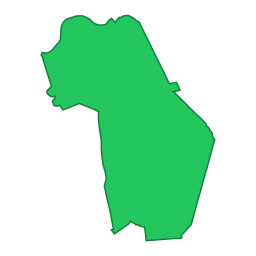 the district of Saravale, Timis, Romania
{"feature_id": "2599482B63944101877376", "entity_name": "Saravale", "entity_type": "district", "adm_level": 2, "iso_a3": "ROU", "parent_name": "Romania", "parent_adm1": "Timis", "projection": "robinson", "projection_center": [20.709, 46.077], "detail": "fine", "context": "isolated", "style": "filled", "palette": "green", "viewbox_px": 256, "rotation_deg": 0, "n_neighbors": 0, "source": "geoboundaries", "source_scale": "gbopen_adm2", "svg_char_len": 4002}
<svg xmlns="http://www.w3.org/2000/svg" viewBox="0 0 256 256"><path d="M181.8,238.0L181.7,237.1L181.4,235.9L181.3,235.6L181.5,235.3L181.6,235.1L181.9,234.8L183.1,233.5L185.1,231.4L187.0,229.3L188.8,227.3L190.5,225.5L191.3,224.6L191.4,224.2L192.0,221.9L192.5,219.8L193.1,217.6L193.7,215.6L194.1,214.0L194.6,212.2L195.2,209.9L195.9,207.6L196.5,205.3L197.0,203.3L197.7,201.0L198.3,198.8L198.9,196.6L199.5,194.3L200.1,192.4L200.2,192.2L200.8,190.0L201.4,187.7L202.0,185.5L202.6,183.2L202.9,182.0L203.2,181.0L203.9,178.6L204.5,176.6L204.8,175.7L205.0,175.3L205.0,175.1L204.8,174.9L204.9,174.6L205.4,173.1L206.0,170.9L206.8,168.5L207.4,166.1L208.1,163.9L208.6,161.9L209.2,159.6L209.7,157.8L210.3,155.6L211.0,153.1L211.8,150.0L213.0,145.6L214.2,141.3L214.8,139.5L214.5,139.2L214.3,139.2L214.0,138.7L212.7,136.7L212.0,135.6L212.6,134.4L212.6,134.1L211.8,132.8L210.1,130.3L208.8,128.3L208.5,127.9L208.3,127.5L208.3,127.2L207.9,126.8L206.9,126.3L206.4,126.2L206.0,123.8L201.5,119.1L199.3,117.0L197.0,114.9L194.7,112.6L192.7,110.7L190.6,108.6L188.1,106.1L186.4,104.4L184.9,102.9L183.2,101.3L181.1,99.2L178.9,96.9L177.3,95.5L175.1,93.2L173.4,91.6L175.2,91.4L175.8,91.2L178.5,90.6L180.1,90.2L179.7,89.4L179.2,88.4L178.7,87.3L178.3,86.3L177.9,85.4L177.3,84.3L176.4,82.4L175.6,82.6L175.4,82.5L172.1,83.2L169.4,83.8L168.9,82.8L168.0,81.0L167.0,78.8L165.2,75.1L164.1,72.7L162.4,69.3L161.4,67.4L160.5,65.7L160.4,65.2L159.3,63.1L158.7,61.8L157.6,59.6L156.7,57.8L155.7,55.9L154.6,53.6L153.5,51.4L152.5,49.4L151.6,47.5L151.1,46.4L151.0,46.2L150.7,45.6L150.0,44.2L149.0,42.2L147.9,39.9L146.8,37.7L145.9,36.0L145.1,34.3L144.5,33.3L144.0,32.1L143.4,30.7L142.8,29.5L141.4,26.7L140.4,24.8L140.0,23.8L139.6,23.1L139.3,22.3L137.8,21.4L137.0,20.9L135.0,19.6L134.8,19.4L134.5,18.8L134.2,18.4L133.3,18.2L130.7,16.5L128.5,15.6L127.0,15.4L125.0,15.6L124.8,15.6L123.6,15.9L122.9,16.3L122.3,16.7L121.7,17.0L120.9,17.3L120.3,17.6L119.8,17.9L119.7,18.0L119.7,17.9L119.7,17.7L119.7,17.4L119.3,17.4L119.1,17.5L118.9,17.7L118.8,17.8L118.7,18.1L118.3,18.3L118.2,18.4L118.1,18.5L118.1,18.9L117.9,19.0L117.4,19.2L117.4,19.4L117.3,19.6L117.1,19.8L116.9,20.0L116.6,20.2L116.4,20.3L116.4,20.5L116.2,21.1L116.0,21.5L115.7,21.8L115.4,22.1L115.2,22.2L115.1,22.3L111.6,18.3L108.7,20.6L106.3,23.8L104.7,24.8L101.8,25.1L98.0,24.9L95.2,23.8L92.6,22.2L90.0,19.3L83.3,16.1L80.7,15.8L76.4,16.0L70.0,18.0L66.2,19.4L63.5,22.0L61.6,25.6L61.1,28.5L60.4,39.8L58.8,42.4L55.7,45.7L52.1,50.2L48.6,52.5L45.7,53.2L42.8,52.7L42.2,52.4L41.4,54.6L41.2,54.9L41.2,55.1L41.6,55.7L42.4,57.1L43.1,59.4L44.8,65.0L46.6,70.7L48.3,76.4L50.2,82.1L51.5,86.3L51.3,86.6L50.1,87.8L46.9,91.0L47.1,92.8L47.5,93.7L48.0,94.3L49.8,95.8L51.0,96.5L53.1,96.8L53.5,96.8L53.8,96.7L54.6,96.2L55.2,96.4L55.3,96.8L54.5,98.9L54.1,99.4L52.9,100.3L52.7,100.5L52.6,100.8L52.5,101.1L52.5,101.4L53.3,103.0L53.3,103.6L53.4,104.2L53.6,104.8L54.1,105.5L54.6,105.8L55.5,106.0L56.2,106.1L56.8,106.1L57.3,106.0L58.1,105.9L58.4,105.8L59.0,105.6L59.6,105.5L60.3,106.0L60.6,106.4L62.7,109.9L67.7,108.2L70.4,107.0L75.8,104.9L79.2,103.5L79.9,103.7L87.0,106.5L89.9,107.7L94.4,109.5L96.7,110.7L97.7,111.3L98.0,111.4L98.6,111.4L98.5,113.0L98.5,116.5L98.4,118.1L98.4,119.3L98.4,120.0L98.6,120.3L98.6,121.4L98.9,124.0L99.7,129.8L99.8,130.2L100.0,131.7L100.7,136.6L101.4,141.4L101.4,142.8L101.3,146.9L101.3,148.0L101.3,148.4L101.3,148.8L101.7,153.8L101.9,155.2L102.0,157.6L102.1,158.0L102.7,162.1L102.9,163.8L103.1,164.5L103.4,165.7L104.1,168.1L104.2,168.7L105.1,171.5L106.3,178.5L104.3,186.2L105.1,189.5L105.4,190.9L106.3,195.2L107.8,201.9L108.1,202.6L109.4,208.3L110.7,214.4L112.3,223.2L113.5,229.3L111.3,229.7L112.3,231.1L114.5,233.9L123.8,227.3L129.2,223.5L130.4,221.1L135.8,224.4L135.9,224.7L135.9,224.8L136.0,224.9L136.1,225.0L136.9,224.8L138.6,224.5L139.0,225.8L143.4,226.9L144.7,227.2L145.1,230.7L145.4,233.1L145.7,235.9L146.2,240.6L149.9,240.4L155.1,240.0L162.4,239.4L163.3,239.4L164.1,239.3L167.6,239.0L174.3,238.5L174.5,238.5L181.1,238.1L181.8,238.0Z" fill="#22c55e" stroke="#15803d" stroke-width="1.5"/></svg>